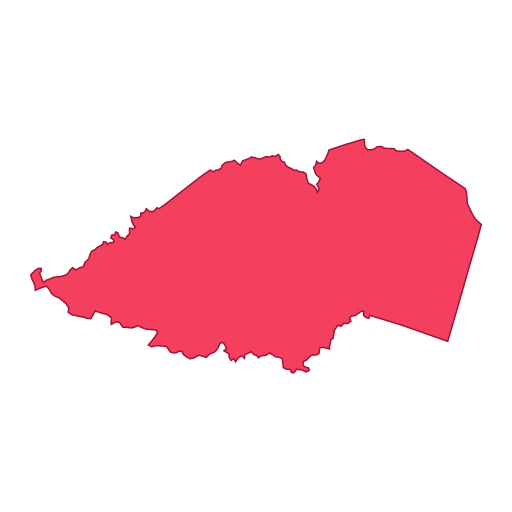 outline of Irati, Paraná, Brazil
{"feature_id": "56859067B75703709813963", "entity_name": "Irati", "entity_type": "district", "adm_level": 2, "iso_a3": "BRA", "parent_name": "Brazil", "parent_adm1": "Paraná", "projection": "albers", "projection_center": [-50.894, -25.488], "detail": "fine", "context": "isolated", "style": "filled", "palette": "rose", "viewbox_px": 512, "rotation_deg": 0, "n_neighbors": 0, "source": "geoboundaries", "source_scale": "gbopen_adm2", "svg_char_len": 3672}
<svg xmlns="http://www.w3.org/2000/svg" viewBox="0 0 512 512"><path d="M465.0,188.5L438.7,170.8L407.8,149.4L404.9,151.1L402.0,151.2L399.1,151.2L396.2,150.8L394.0,148.6L389.7,148.6L384.5,148.2L381.3,146.5L377.2,146.7L374.2,149.0L370.5,149.8L367.6,149.7L365.5,147.6L364.4,144.5L364.5,142.0L364.4,139.3L361.7,139.7L345.8,144.4L328.9,150.1L327.9,153.6L326.4,156.8L324.8,160.2L322.2,162.7L319.1,163.4L316.6,161.3L315.7,164.9L313.6,167.7L315.6,173.8L317.8,176.2L320.3,178.3L318.5,182.2L316.8,184.3L319.4,188.8L317.2,192.3L316.2,189.4L314.0,186.2L308.0,182.9L306.7,178.1L306.1,174.0L303.5,172.1L299.1,171.6L296.8,170.1L293.9,170.2L291.1,168.4L288.3,167.4L285.6,165.0L284.5,162.2L282.1,161.6L280.2,159.1L280.0,156.4L278.3,154.4L275.1,156.5L272.2,155.8L269.0,157.2L266.3,156.6L263.7,157.5L261.7,158.7L258.3,158.9L254.7,157.7L251.5,156.9L248.7,158.7L245.3,159.9L242.8,160.7L241.4,163.0L240.6,165.3L237.6,163.2L234.4,160.2L231.7,161.5L228.8,161.8L225.5,162.5L222.4,165.0L221.2,168.2L218.8,169.6L216.0,170.2L213.2,171.8L210.1,170.0L200.3,176.9L177.5,194.7L164.0,205.3L159.0,208.6L156.8,207.8L154.9,210.2L152.5,211.6L149.3,211.3L146.4,208.7L144.7,212.3L140.7,213.2L140.8,216.0L138.1,217.6L133.7,217.9L130.8,216.4L132.1,222.1L133.6,225.2L135.5,227.3L133.6,228.7L129.6,228.2L129.4,230.9L129.7,233.7L126.6,236.7L125.4,239.3L122.8,237.8L119.3,237.0L118.1,233.0L115.8,231.9L114.5,235.0L111.9,235.0L110.8,237.9L113.8,240.0L113.4,242.6L109.7,242.7L107.2,244.5L106.1,242.0L103.5,241.7L102.7,244.5L99.9,246.0L97.1,247.5L95.1,249.6L92.0,250.9L90.2,253.7L88.7,258.9L85.0,262.2L83.3,266.7L79.4,267.8L76.1,270.0L72.5,267.6L70.1,270.0L67.8,273.7L65.2,275.2L61.4,276.4L57.5,276.8L53.4,277.4L50.0,278.9L46.0,280.3L44.5,282.2L42.4,280.7L41.3,277.6L39.6,273.2L41.0,271.3L41.3,268.4L38.7,268.3L35.6,270.0L30.7,274.9L32.2,279.7L34.0,283.1L35.0,286.2L35.3,290.3L39.0,288.7L43.3,287.0L46.6,286.2L49.5,289.7L51.8,293.9L55.0,296.2L59.5,298.2L62.7,300.8L66.4,304.0L68.7,307.9L68.2,312.3L72.0,314.8L84.0,317.3L87.1,318.3L90.9,318.7L95.1,311.0L101.6,313.1L106.9,314.4L111.6,318.0L111.1,321.5L111.2,324.4L115.9,321.9L119.6,322.5L122.8,327.2L127.5,327.4L130.9,327.9L133.5,327.6L138.0,325.6L140.2,326.8L142.9,328.1L146.7,329.2L151.3,329.6L155.3,329.8L157.8,331.9L155.9,335.2L154.4,337.7L150.8,342.1L148.4,345.0L151.7,346.8L155.5,345.7L159.9,345.8L166.5,346.5L168.6,349.5L170.1,351.9L173.3,352.9L176.5,352.7L179.2,351.0L182.0,351.6L183.3,354.4L186.6,356.9L190.2,358.8L194.4,357.7L198.6,355.2L202.3,356.1L206.1,357.5L210.2,353.7L214.2,352.3L216.3,350.3L218.4,347.2L219.5,343.9L222.2,342.2L224.2,344.0L225.6,346.2L226.4,348.7L223.9,350.8L226.5,352.3L229.3,354.0L229.0,356.8L230.8,360.4L233.9,358.8L235.6,361.8L237.0,359.4L239.5,356.8L242.1,356.0L244.5,358.4L244.9,354.6L248.3,353.1L251.2,351.7L253.9,354.6L256.8,355.5L258.4,357.8L260.9,355.9L266.3,355.2L269.2,353.0L273.2,355.0L275.6,356.9L278.4,357.0L282.1,358.5L282.8,362.9L283.3,367.6L286.2,369.2L289.9,369.3L291.7,372.7L294.0,372.7L296.5,369.3L302.0,370.0L306.3,372.0L309.3,370.3L308.5,367.9L304.7,366.8L302.8,364.8L303.7,361.3L306.6,360.0L310.1,356.3L312.6,354.9L315.7,355.1L318.9,353.7L319.7,347.9L323.0,347.3L329.5,349.0L329.4,346.4L330.4,343.0L330.7,340.0L333.1,338.4L333.6,334.8L334.5,330.2L337.9,325.3L341.1,326.3L343.7,323.3L347.8,323.5L350.9,321.3L349.5,317.6L351.6,316.1L355.4,315.5L358.8,313.1L360.7,311.6L363.7,310.9L363.6,315.4L365.7,317.3L368.7,318.4L369.9,315.4L401.7,325.1L439.9,338.6L447.7,341.4L454.1,319.4L459.2,301.9L469.2,266.8L478.0,236.8L481.3,224.5L478.3,221.8L475.6,219.4L473.2,215.6L471.5,212.4L469.6,208.4L467.8,204.4L467.1,201.9L467.0,198.7L466.7,194.3L466.3,191.4L465.0,188.5Z" fill="#f43f5e" stroke="#9f1239" stroke-width="1.5"/></svg>